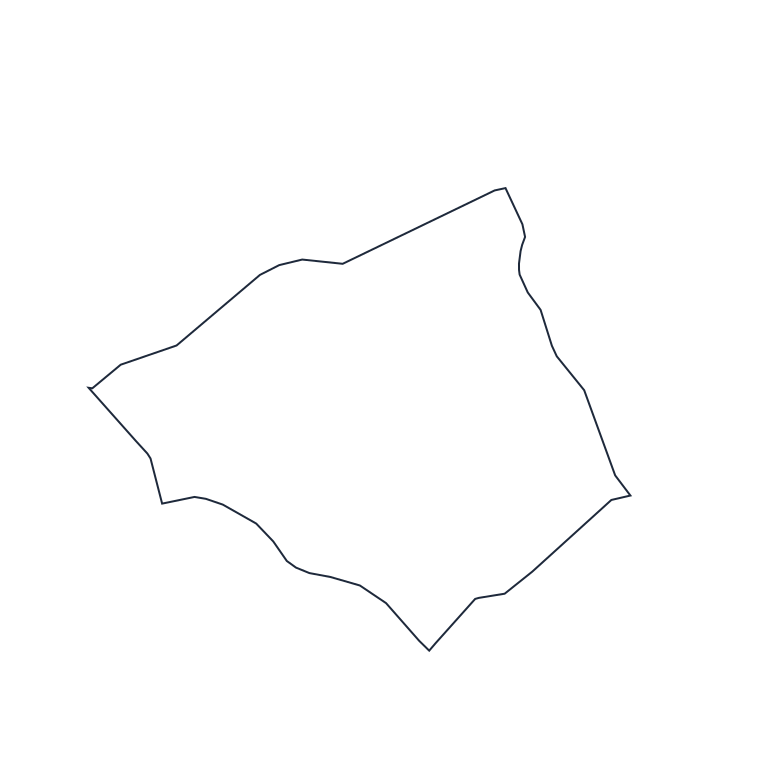 an SVG outline of Carazo, rotated 113°
{"feature_id": "NIC-654", "entity_name": "Carazo", "entity_type": "Department", "adm_level": 1, "iso_a3": "NIC", "parent_name": "Nicaragua", "parent_adm1": "", "projection": "natural_earth1", "projection_center": [-86.252, 11.738], "detail": "fine", "context": "isolated", "style": "outline", "palette": "slate", "viewbox_px": 768, "rotation_deg": 113, "n_neighbors": 0, "source": "natural_earth", "source_scale": "10m", "svg_char_len": 766}
<svg xmlns="http://www.w3.org/2000/svg" viewBox="0 0 768 768"><g transform="rotate(113 384 384)"><path d="M502.9,654.4L501.9,650.8L469.1,633.9L429.6,590.0L332.0,540.8L315.5,526.9L301.4,507.9L289.5,469.0L162.6,357.8L156.2,348.7L156.3,348.6L182.9,319.0L193.5,311.6L201.9,311.2L208.3,310.2L220.4,306.8L226.2,304.3L230.3,301.9L243.6,287.4L254.6,268.8L283.2,244.4L291.0,235.8L311.5,197.3L377.8,135.5L390.4,113.6L401.9,129.4L498.8,174.2L529.9,191.0L543.8,213.1L546.2,216.1L602.6,235.3L611.8,238.2L606.6,251.4L584.9,296.5L578.9,327.5L582.6,358.0L587.2,378.8L587.4,393.3L584.9,404.3L572.2,424.4L562.4,447.1L558.0,485.3L559.3,503.1L562.0,514.3L580.8,541.5L543.8,569.8L540.5,574.6L533.6,589.7L503.0,654.2L502.9,654.4Z" fill="none" stroke="#1e293b" stroke-width="2"/></g></svg>